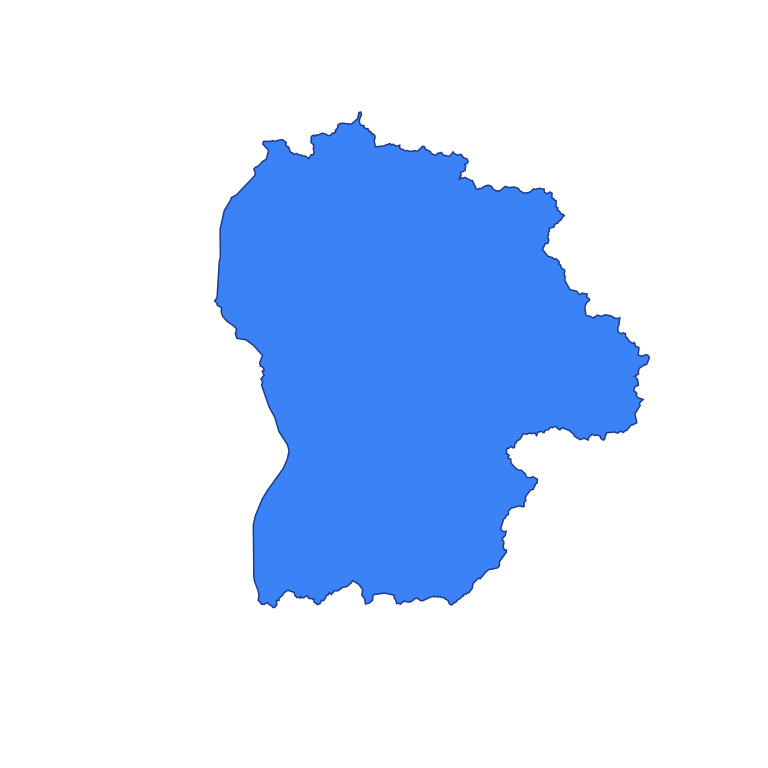 outline of Nhot Ou, Phôngsali, Laos, rotated 123°
{"feature_id": "54806243B80696563132814", "entity_name": "Nhot Ou", "entity_type": "district", "adm_level": 2, "iso_a3": "LAO", "parent_name": "Laos", "parent_adm1": "Phôngsali", "projection": "mercator", "projection_center": [101.816, 22.196], "detail": "fine", "context": "isolated", "style": "filled", "palette": "blue", "viewbox_px": 768, "rotation_deg": 123, "n_neighbors": 0, "source": "geoboundaries", "source_scale": "gbopen_adm2", "svg_char_len": 6171}
<svg xmlns="http://www.w3.org/2000/svg" viewBox="0 0 768 768"><g transform="rotate(123 384 384)"><path d="M406.6,571.3L407.3,567.7L408.7,567.0L408.6,561.7L412.0,559.9L414.9,556.5L416.9,550.1L417.2,541.4L418.1,537.6L422.8,536.0L425.8,532.2L422.1,523.9L422.7,514.3L426.2,501.4L434.0,499.8L436.4,497.3L435.8,495.1L437.5,491.9L439.6,493.1L442.0,489.4L446.6,490.0L448.6,486.7L451.4,486.3L465.6,468.1L471.5,457.3L481.1,446.2L487.4,432.0L491.7,427.2L499.7,424.1L510.1,422.5L537.6,423.8L547.1,423.4L564.2,420.2L573.5,416.8L616.8,388.0L619.8,385.3L626.2,376.6L629.6,373.6L634.0,371.7L634.5,368.6L635.5,367.0L634.1,364.5L630.6,362.6L631.6,360.0L631.2,357.9L631.9,355.3L631.0,354.1L627.7,353.6L624.2,356.3L622.6,354.2L621.0,355.4L616.3,354.0L613.6,354.2L609.4,352.4L607.7,345.7L609.7,343.9L610.6,340.8L609.5,339.5L609.2,337.7L607.2,337.7L607.9,336.2L607.1,335.0L603.4,333.3L604.8,330.1L603.5,328.2L603.3,326.1L602.4,325.8L604.9,324.0L605.3,319.7L603.4,318.1L599.3,318.4L598.7,316.7L594.8,316.5L592.8,317.4L591.5,316.0L588.8,316.4L589.2,313.5L584.2,312.9L582.7,310.1L576.6,307.6L574.2,304.8L568.8,303.2L565.9,303.2L565.8,295.6L568.2,289.9L573.3,287.5L574.4,283.7L578.6,279.7L575.9,277.2L571.3,275.8L567.8,278.0L565.9,277.5L559.0,269.6L555.6,260.7L557.9,258.9L559.0,256.2L561.3,253.8L560.0,252.6L559.7,250.3L555.5,249.2L553.0,243.7L549.8,241.8L548.1,241.9L545.5,239.4L545.8,235.5L544.8,233.6L538.0,229.3L535.3,227.1L535.0,225.6L532.9,223.6L533.3,222.6L531.8,221.3L531.6,219.1L530.4,217.4L531.0,215.8L530.6,212.4L532.8,209.3L532.4,206.7L529.9,206.5L528.3,205.0L524.5,204.5L521.9,203.0L519.9,203.1L518.5,201.9L516.9,202.5L515.7,200.7L513.3,200.4L513.0,199.2L507.4,198.7L502.5,200.7L495.3,198.9L495.0,197.3L485.6,196.1L481.9,194.7L481.1,193.2L476.2,188.6L473.9,188.1L470.1,190.4L458.4,189.8L456.6,190.9L457.4,192.0L457.0,193.7L454.7,196.1L453.0,196.3L450.7,198.0L450.2,200.2L447.8,200.5L445.3,199.7L441.0,201.3L442.5,203.0L443.0,205.0L441.6,207.4L432.5,210.0L429.7,209.3L427.8,209.7L425.6,208.6L422.8,210.5L419.0,209.8L412.3,203.9L411.4,200.8L410.4,199.8L407.4,201.9L404.3,201.6L403.1,203.2L400.3,203.9L393.2,203.4L391.2,201.5L385.5,202.3L383.5,201.7L380.3,203.6L380.8,208.8L382.5,209.8L384.4,212.8L384.2,214.4L382.4,216.6L381.5,222.1L382.6,223.1L383.1,226.8L381.7,232.5L381.1,234.5L377.9,236.8L378.6,238.7L378.2,240.3L376.0,240.0L375.4,241.2L375.7,243.9L374.2,244.1L373.0,245.4L370.4,245.3L370.0,244.4L367.2,243.6L367.2,240.7L365.8,240.1L362.7,241.8L360.7,241.1L359.7,241.7L356.5,239.9L349.7,240.1L348.3,236.7L346.3,235.8L345.1,232.9L343.5,231.8L343.2,230.3L344.1,228.0L340.6,228.7L338.2,226.4L337.7,223.3L334.3,223.4L332.9,221.2L329.4,220.8L328.8,218.7L326.6,217.9L326.3,215.9L327.0,212.7L326.5,211.4L325.0,211.4L323.4,210.0L322.1,203.2L322.9,197.1L324.0,196.0L323.9,189.3L320.4,186.5L319.9,182.3L317.4,183.2L312.9,182.2L312.4,179.2L310.4,177.4L310.4,175.7L309.6,174.7L311.5,172.8L311.6,169.4L309.7,168.9L308.4,169.8L303.5,170.6L298.8,164.7L298.0,161.4L294.8,159.9L294.1,156.7L292.4,156.6L290.6,155.1L283.8,154.5L282.7,153.1L278.8,150.9L272.4,157.3L262.4,157.5L261.4,159.1L260.1,159.3L255.8,158.2L257.3,163.9L256.2,166.2L254.2,166.9L253.4,171.0L249.8,172.1L246.4,170.0L242.0,173.9L241.9,175.5L240.4,177.2L240.8,177.8L236.9,176.0L234.7,177.7L231.9,178.5L227.1,176.6L224.5,174.4L217.4,175.7L216.3,177.8L216.5,179.9L220.5,183.4L221.3,186.6L214.6,190.0L215.3,194.2L213.4,195.6L213.1,197.0L214.5,197.2L214.6,200.8L212.2,207.7L210.3,208.8L210.8,211.3L212.9,212.8L212.8,216.0L209.4,218.7L206.4,219.2L200.0,222.3L201.3,223.0L203.0,225.9L203.1,230.3L205.4,236.1L208.9,238.6L210.0,242.5L214.6,244.5L215.2,248.9L216.4,251.1L215.9,252.6L209.8,257.7L205.4,258.4L201.7,257.2L200.8,258.1L200.6,261.7L197.9,262.6L199.9,267.3L201.5,267.7L202.4,269.0L201.3,273.1L203.6,279.4L198.9,288.4L195.0,290.9L193.2,293.4L191.6,293.4L190.1,294.5L190.2,298.1L187.9,301.3L188.0,303.1L186.1,303.5L185.2,307.6L186.5,309.3L186.2,311.3L187.6,316.2L184.8,324.4L178.1,325.1L176.9,323.2L174.4,323.8L172.7,324.9L172.8,326.3L168.9,327.4L167.5,328.6L165.6,328.6L163.2,330.2L160.0,327.1L156.7,327.6L154.2,325.8L152.0,326.0L150.4,325.0L146.4,325.2L144.6,324.4L144.1,325.9L145.1,327.5L143.4,331.4L144.0,333.6L141.7,333.9L141.8,336.2L136.4,339.5L137.0,341.1L136.2,342.3L136.5,344.6L132.5,347.0L132.5,349.3L135.7,350.8L135.8,353.9L133.2,356.1L134.6,357.9L134.9,359.9L138.5,363.3L138.9,364.9L142.1,365.5L145.1,367.3L147.8,370.9L147.9,375.7L146.8,377.9L147.8,381.9L151.4,386.5L152.2,389.9L160.2,392.5L159.7,393.7L161.1,395.4L161.0,398.9L159.7,401.6L160.5,405.0L164.5,408.1L166.5,408.3L168.1,410.6L169.3,410.9L170.2,412.7L165.3,420.6L166.0,421.9L166.6,428.7L168.4,429.9L168.9,431.3L171.2,432.4L169.8,433.2L167.3,432.8L164.8,434.9L160.9,432.3L156.7,434.2L155.8,436.1L153.9,434.4L151.8,434.5L150.1,436.8L150.9,440.7L149.7,443.4L149.8,445.0L152.0,446.8L152.5,450.6L151.7,452.4L157.5,453.1L159.9,459.4L158.5,461.9L161.4,464.7L163.2,464.7L164.4,466.5L165.0,470.2L163.9,471.5L164.4,477.8L163.0,479.0L163.4,481.0L170.7,482.7L171.6,485.5L175.0,488.9L175.2,491.0L177.3,494.2L176.9,495.9L177.7,497.7L177.4,499.5L175.2,500.9L177.8,503.0L178.1,507.1L179.5,507.9L179.1,509.9L184.9,514.3L189.8,520.5L185.0,524.9L182.0,525.7L180.6,527.1L180.1,529.9L181.0,530.5L179.5,532.8L180.4,534.1L178.5,536.7L179.6,537.8L179.9,540.4L178.3,541.3L179.5,544.7L179.0,545.9L176.3,548.4L170.1,549.7L168.6,551.6L170.0,552.9L175.6,550.6L183.9,552.9L187.8,560.7L189.7,562.9L192.0,563.7L193.9,562.4L197.9,562.9L199.1,561.6L202.0,564.0L204.2,564.1L206.1,565.8L206.3,569.7L207.3,572.4L211.7,575.3L212.0,576.6L213.6,576.7L213.5,578.4L215.7,579.7L217.7,579.0L218.6,577.7L220.1,577.7L221.3,576.2L221.8,573.1L225.5,571.2L227.9,568.6L230.5,568.4L231.5,570.0L235.8,569.9L235.8,574.4L237.2,576.3L236.7,577.3L237.9,579.2L238.4,582.9L240.5,584.6L240.0,586.6L240.5,588.5L237.2,593.2L237.8,594.3L236.7,597.0L234.7,597.5L234.3,601.8L235.5,603.8L240.2,608.0L240.6,610.2L242.0,610.9L246.1,617.1L248.8,616.3L250.6,609.0L251.7,607.7L259.6,605.1L263.5,607.1L269.3,607.9L272.4,609.9L274.4,610.3L277.6,606.5L279.9,605.9L305.6,610.7L311.0,613.6L313.2,612.8L325.6,612.4L343.4,605.8L366.6,590.4L370.5,589.1L402.7,570.9L406.6,571.3Z" fill="#3b82f6" stroke="#1e3a8a" stroke-width="1.5"/></g></svg>